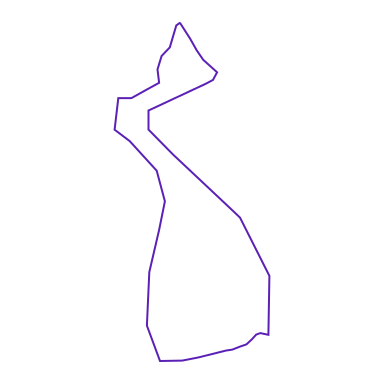 Calvary, Castries, Saint Lucia
{"feature_id": "8701671B81655629015903", "entity_name": "Calvary", "entity_type": "district", "adm_level": 2, "iso_a3": "LCA", "parent_name": "Saint Lucia", "parent_adm1": "Castries", "projection": "natural_earth1", "projection_center": [-60.987, 14.015], "detail": "fine", "context": "isolated", "style": "outline", "palette": "violet", "viewbox_px": 384, "rotation_deg": 0, "n_neighbors": 0, "source": "geoboundaries", "source_scale": "gbopen_adm2", "svg_char_len": 660}
<svg xmlns="http://www.w3.org/2000/svg" viewBox="0 0 384 384"><path d="M268.4,334.8L269.4,275.9L268.8,274.7L240.0,217.6L231.6,209.6L173.0,154.5L148.5,129.6L148.5,110.5L206.5,83.4L213.0,79.9L217.1,72.3L203.2,59.8L196.7,50.3L190.2,38.8L180.4,23.5L179.7,23.0L176.3,25.4L169.8,47.4L165.2,52.2L161.6,56.0L161.2,57.3L157.5,69.4L158.7,79.3L159.1,82.8L146.9,89.5L131.4,98.1L118.3,98.1L114.6,129.7L129.7,141.1L156.7,170.7L164.9,201.3L159.1,230.0L149.3,272.1L146.9,325.6L160.0,361.0L182.2,360.6L198.1,357.5L225.8,350.6L232.3,349.6L238.0,347.4L240.3,346.5L246.4,344.4L251.9,339.3L256.2,334.6L260.3,333.1L268.4,334.8Z" fill="none" stroke="#5b21b6" stroke-width="2"/></svg>